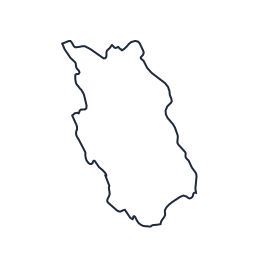 outline of Alytaus, rotated 251°
{"feature_id": "LTU-1067", "entity_name": "Alytaus", "entity_type": "County", "adm_level": 1, "iso_a3": "LTU", "parent_name": "Lithuania", "parent_adm1": "", "projection": "equal_earth", "projection_center": [24.158, 54.224], "detail": "fine", "context": "isolated", "style": "outline", "palette": "slate", "viewbox_px": 256, "rotation_deg": 251, "n_neighbors": 0, "source": "natural_earth", "source_scale": "10m", "svg_char_len": 2621}
<svg xmlns="http://www.w3.org/2000/svg" viewBox="0 0 256 256"><g transform="rotate(251 128 128)"><path d="M211.7,139.9L208.2,141.5L207.7,142.4L207.7,143.6L207.8,144.6L207.8,145.2L205.5,146.2L204.4,147.2L203.6,147.3L203.4,147.8L204.0,150.1L205.5,153.4L207.1,156.0L208.2,158.9L208.0,163.1L206.4,165.7L204.2,166.6L196.3,167.5L194.1,167.4L192.3,166.1L190.7,163.1L190.2,162.9L189.8,162.8L189.3,162.9L186.4,164.6L178.6,165.7L172.4,168.3L158.4,177.6L153.9,179.2L149.5,179.2L145.6,178.3L141.5,178.5L139.1,178.1L137.8,176.7L135.7,172.3L132.3,169.2L128.4,168.2L124.4,168.8L116.8,171.8L113.2,172.5L105.3,172.6L103.3,172.2L99.7,170.5L97.8,169.9L95.9,170.2L86.6,174.2L85.6,174.3L84.6,174.0L82.4,173.1L81.5,173.0L79.7,173.5L77.5,174.7L69.9,175.5L63.8,177.4L61.9,177.5L59.8,177.0L48.8,172.0L44.6,171.2L45.1,170.3L45.2,169.5L44.8,168.7L44.1,168.0L42.8,167.3L41.8,166.2L41.3,164.8L41.4,163.1L42.0,162.5L42.7,161.9L44.1,161.0L46.0,158.6L46.0,155.2L44.2,148.1L43.3,144.8L42.0,141.4L40.3,138.3L38.3,136.2L37.1,135.7L34.5,135.1L33.3,134.5L32.1,133.3L29.9,130.2L28.8,128.9L26.5,127.5L26.9,124.7L28.1,119.8L28.0,118.8L27.6,117.8L27.6,116.8L28.0,115.7L28.9,114.1L29.3,112.8L30.7,110.2L32.9,108.2L34.6,107.1L37.6,106.3L41.5,105.8L42.5,105.3L42.7,104.5L42.4,104.1L40.9,103.4L40.3,102.7L41.3,101.7L42.4,100.9L51.7,98.4L51.8,97.3L51.8,96.8L51.6,95.2L51.5,94.0L51.8,92.7L52.7,91.5L53.7,90.7L64.0,84.8L65.1,84.6L66.4,84.8L68.4,86.4L69.4,87.6L71.7,89.3L78.0,90.5L79.3,91.5L90.7,91.1L91.0,91.6L90.6,92.1L91.2,92.2L92.9,91.8L96.2,90.4L100.3,87.9L107.4,85.9L107.9,85.7L108.1,85.3L108.1,84.9L108.0,84.4L107.7,84.1L106.8,83.4L106.5,83.2L106.3,82.8L106.1,82.3L105.9,81.8L106.0,81.2L106.2,80.7L106.5,80.2L106.9,79.9L107.7,79.3L108.6,78.9L111.4,78.2L113.8,78.3L116.2,78.8L117.3,79.3L118.4,79.6L119.5,79.7L132.9,77.7L135.3,77.1L137.7,76.8L139.6,77.0L142.2,78.3L143.3,79.4L145.5,80.1L147.2,80.3L158.0,79.3L159.3,82.8L159.0,83.7L158.9,85.1L158.3,85.6L157.9,86.1L158.1,86.4L160.2,88.1L160.7,89.2L160.2,91.5L159.7,92.8L159.7,94.0L160.2,95.0L162.6,96.1L173.4,97.2L175.4,97.1L179.5,96.2L181.0,95.4L183.9,94.5L186.0,93.6L187.7,93.5L191.1,94.0L194.7,95.2L195.5,95.7L195.8,96.6L195.6,97.5L195.2,98.5L195.5,99.4L196.3,100.2L197.6,100.2L198.7,100.0L200.6,99.1L202.1,98.8L204.5,99.2L206.1,99.6L207.4,99.4L213.1,96.4L223.1,93.7L229.2,93.3L229.5,100.2L229.3,100.9L229.0,101.9L226.7,102.8L223.5,103.3L222.3,103.8L221.7,104.2L221.3,104.9L220.8,107.1L220.1,111.7L219.3,113.9L214.9,118.1L201.8,127.6L201.4,129.1L202.0,130.3L203.2,131.1L206.2,132.1L207.3,132.7L208.1,133.5L208.6,134.5L209.5,136.7L211.7,139.8L211.7,139.9Z" fill="none" stroke="#1e293b" stroke-width="2"/></g></svg>